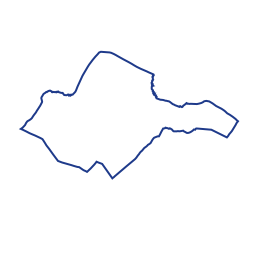 the district of Ban Dan, Buri Ram, Thailand, rotated 116°
{"feature_id": "78962969B34946496747939", "entity_name": "Ban Dan", "entity_type": "district", "adm_level": 2, "iso_a3": "THA", "parent_name": "Thailand", "parent_adm1": "Buri Ram", "projection": "albers", "projection_center": [103.173, 15.139], "detail": "fine", "context": "isolated", "style": "outline", "palette": "blue", "viewbox_px": 256, "rotation_deg": 116, "n_neighbors": 0, "source": "geoboundaries", "source_scale": "gbopen_adm2", "svg_char_len": 5061}
<svg xmlns="http://www.w3.org/2000/svg" viewBox="0 0 256 256"><g transform="rotate(116 128 128)"><path d="M184.6,154.7L185.3,150.2L185.4,149.3L185.3,146.9L185.4,145.6L184.7,145.3L183.3,144.8L180.7,143.8L178.4,143.1L175.8,142.3L173.4,141.7L172.1,141.5L172.0,139.4L171.6,135.5L180.1,120.0L179.6,119.8L179.0,119.5L178.0,119.0L177.3,118.8L163.3,112.7L152.8,108.0L151.0,107.5L148.4,107.1L146.5,106.6L145.9,106.6L144.5,106.3L144.0,106.2L142.4,105.5L141.7,105.3L140.0,104.9L138.8,104.6L137.5,103.9L136.6,103.4L135.3,102.9L134.4,102.7L133.4,102.0L131.7,101.1L128.6,100.9L127.4,100.8L125.7,100.4L125.4,100.3L125.0,100.0L122.5,97.7L121.9,96.5L119.4,96.4L117.7,96.4L116.5,96.4L115.4,96.3L113.1,96.2L112.5,95.3L111.9,94.6L111.7,94.5L111.3,94.5L111.2,94.4L111.1,93.2L110.8,92.4L110.8,91.4L110.8,90.9L110.7,90.7L110.1,90.5L110.0,90.4L109.9,89.4L110.1,88.3L110.1,87.8L110.4,87.2L110.7,86.5L110.8,86.3L110.9,86.0L110.9,85.3L110.7,84.9L109.9,83.2L108.9,81.7L108.6,80.8L108.1,79.8L106.2,77.2L106.4,76.7L106.5,76.2L106.5,75.4L106.5,74.5L106.6,74.0L106.6,73.6L106.6,72.9L106.4,72.4L105.7,71.3L104.5,70.2L103.6,69.6L102.6,69.0L101.8,68.6L100.4,68.1L100.1,66.9L99.5,66.8L98.9,66.7L98.6,66.5L98.3,66.0L93.0,52.3L93.1,35.0L91.2,34.5L90.4,34.4L89.5,34.4L89.2,34.3L86.5,33.6L85.2,33.3L77.9,32.6L76.1,32.6L73.7,32.1L73.5,33.1L72.7,35.4L72.0,38.8L71.5,42.1L71.3,45.3L70.4,48.1L70.0,50.1L69.9,51.0L69.7,52.4L69.6,58.4L68.8,62.8L68.5,66.6L69.3,69.5L70.3,70.9L70.8,71.4L71.7,71.8L72.3,72.2L73.4,73.1L75.0,74.9L76.3,76.6L76.6,77.3L77.7,79.8L78.4,81.4L78.6,81.9L78.8,82.3L79.5,83.5L79.9,85.1L80.0,85.4L80.2,85.5L79.9,86.2L79.9,86.3L81.6,87.0L82.1,87.2L83.7,88.1L84.4,88.2L84.7,88.2L85.1,88.4L85.4,88.5L85.6,88.7L85.6,88.8L85.5,90.1L85.5,90.6L85.9,90.7L86.0,91.0L86.4,90.9L86.5,91.0L86.5,91.3L86.8,94.8L86.9,95.3L86.8,97.4L86.9,97.7L86.9,98.1L86.9,98.5L86.5,100.1L86.4,100.9L86.2,101.6L86.1,103.0L86.3,103.6L86.5,104.4L86.7,105.5L87.0,106.1L87.4,108.7L88.1,110.6L88.4,111.3L88.8,115.3L88.5,115.4L88.4,115.5L88.3,115.8L88.2,115.9L87.4,116.0L87.4,116.3L87.6,116.4L87.7,116.6L87.3,116.8L87.1,117.2L86.4,117.2L86.4,117.3L86.5,117.4L86.8,117.5L86.8,117.8L86.8,118.0L86.6,118.2L86.6,118.5L86.5,118.8L86.5,119.0L86.7,119.3L86.6,119.5L86.4,119.6L85.7,119.2L85.4,119.0L85.2,119.0L85.3,119.3L85.4,119.7L85.7,120.2L85.7,120.4L85.4,120.4L85.2,120.1L84.9,120.2L84.8,120.5L84.7,120.6L84.4,120.6L84.4,121.3L84.5,121.6L84.4,121.7L84.3,121.8L84.2,121.7L83.9,121.5L83.7,121.7L83.4,121.9L83.4,122.2L83.1,122.3L83.0,122.5L82.9,122.7L82.7,123.5L82.5,123.8L81.8,124.1L81.6,124.3L81.3,124.4L80.8,124.5L80.6,124.6L80.1,124.9L79.9,124.9L79.8,124.6L79.4,124.3L79.3,124.2L79.3,124.3L79.1,124.6L78.8,124.3L78.6,124.3L78.3,124.8L78.7,125.2L78.7,125.3L78.6,125.5L78.3,125.5L78.2,125.5L78.2,125.3L77.9,125.2L77.7,125.2L77.7,125.3L77.8,125.5L77.4,126.2L77.3,126.5L77.2,126.6L76.7,126.5L75.7,126.5L75.4,126.9L75.3,127.0L75.1,127.0L74.0,126.6L73.8,126.6L73.8,126.9L73.8,127.0L72.2,127.5L71.9,127.8L71.8,128.1L71.7,128.2L71.4,128.2L71.1,128.5L70.9,128.5L70.8,128.3L70.7,128.1L70.3,128.1L70.2,128.1L69.9,128.4L69.7,128.5L69.3,128.2L69.1,128.1L69.0,128.3L69.3,128.7L69.3,128.8L68.9,129.1L68.7,129.1L68.9,134.1L68.9,135.9L69.1,140.3L69.2,142.4L69.2,146.9L69.0,149.8L68.7,152.8L68.5,156.2L68.3,162.3L67.9,169.3L67.8,170.4L67.7,173.1L67.8,176.1L68.2,177.8L71.4,185.8L72.9,187.1L75.0,187.6L78.2,188.6L82.3,189.6L88.0,190.7L90.6,191.0L99.5,191.7L101.3,191.8L113.1,191.5L116.7,191.2L118.4,191.2L119.9,191.6L122.2,192.4L122.3,192.4L122.5,192.7L122.7,193.2L122.8,193.2L123.2,193.3L123.3,193.4L123.3,193.5L123.3,194.1L123.6,194.2L124.0,194.0L124.1,193.9L124.3,194.0L124.4,194.3L124.3,195.1L124.6,195.3L124.4,195.5L124.0,195.4L123.9,195.5L123.9,195.8L124.2,196.6L124.5,196.8L125.2,197.3L125.4,197.5L126.1,199.1L126.2,199.6L126.3,199.8L126.2,200.0L126.0,200.4L125.5,201.6L125.3,201.8L125.1,202.1L125.2,202.4L125.6,203.1L125.8,203.8L125.9,204.8L126.1,205.3L126.0,206.1L125.8,206.5L125.8,206.8L126.3,206.9L126.3,207.0L126.6,207.4L126.9,207.6L126.9,208.2L127.2,208.3L127.3,208.3L127.3,208.7L127.6,208.9L127.9,209.6L128.0,210.2L128.3,210.6L128.4,210.9L128.4,211.2L128.5,211.3L129.0,211.7L129.1,211.8L129.1,212.1L128.5,212.9L128.6,213.4L128.6,213.8L128.5,214.3L128.6,214.6L129.0,214.9L129.4,215.5L129.6,215.7L129.7,215.8L129.9,215.9L130.2,216.1L130.5,216.2L130.6,216.4L131.3,216.7L131.4,217.2L131.5,217.3L132.7,217.8L134.3,218.8L135.1,218.9L137.7,219.1L138.2,219.2L138.8,219.1L139.3,218.9L141.0,217.5L141.7,216.9L142.1,216.7L142.5,216.6L143.1,216.6L146.6,216.7L147.2,216.8L147.9,216.9L149.8,217.1L152.7,217.5L153.3,217.5L154.4,217.6L155.0,217.7L157.3,218.2L159.1,218.5L161.1,218.7L162.1,219.0L163.5,219.7L164.5,220.3L165.6,221.1L166.1,221.4L166.4,221.5L167.0,221.6L167.7,221.7L168.0,221.8L168.8,221.8L169.4,221.8L170.4,221.8L171.8,222.2L174.0,222.9L175.8,223.9L175.7,221.6L175.7,218.1L175.8,214.3L175.7,211.8L175.5,208.4L175.4,202.3L175.5,200.1L175.6,199.8L176.5,198.3L177.9,196.0L179.4,193.7L181.2,190.0L184.7,183.5L188.3,176.5L187.9,172.1L186.2,162.7L185.8,159.9L185.2,156.5L184.6,154.7Z" fill="none" stroke="#1e3a8a" stroke-width="2"/></g></svg>